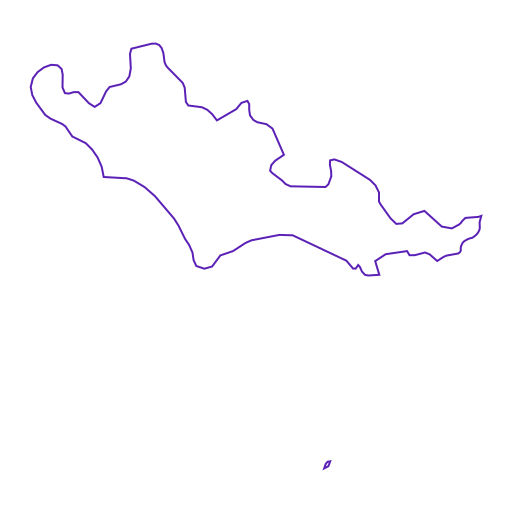 an SVG outline of Latina
{"feature_id": "ITA-5426", "entity_name": "Latina", "entity_type": "Province", "adm_level": 1, "iso_a3": "ITA", "parent_name": "Italy", "parent_adm1": "", "projection": "orthographic", "projection_center": [13.255, 41.249], "detail": "fine", "context": "isolated", "style": "outline", "palette": "violet", "viewbox_px": 512, "rotation_deg": 0, "n_neighbors": 0, "source": "natural_earth", "source_scale": "10m", "svg_char_len": 1979}
<svg xmlns="http://www.w3.org/2000/svg" viewBox="0 0 512 512"><path d="M437.2,261.0L429.6,254.3L425.0,252.5L414.8,255.2L409.5,255.2L407.1,251.1L385.7,254.2L375.2,261.1L379.3,274.8L368.4,275.5L365.1,274.9L361.9,271.5L360.0,267.1L358.2,265.0L355.7,268.6L353.1,268.6L346.4,260.7L292.7,235.3L279.4,234.9L251.5,240.3L245.4,243.0L233.0,251.1L220.4,255.4L212.1,266.5L204.4,268.7L196.3,266.0L193.6,260.1L192.5,252.6L189.1,244.9L185.1,239.0L178.5,225.6L174.0,218.5L154.9,196.1L144.6,187.1L133.8,180.6L126.7,178.3L103.7,177.0L101.7,166.8L97.6,157.5L92.1,149.5L85.8,143.2L72.3,136.5L65.5,126.5L62.2,124.0L50.4,118.6L45.2,114.9L36.1,102.5L32.3,95.1L30.7,87.0L32.9,78.3L37.6,72.1L44.0,67.4L51.1,64.8L57.6,65.3L61.6,69.0L62.7,74.6L62.5,87.4L64.9,93.1L68.9,93.6L73.7,92.1L78.4,92.1L88.9,103.2L94.7,106.9L100.5,103.1L106.1,91.4L109.6,87.0L120.9,84.3L125.8,81.6L129.3,76.5L130.8,68.4L130.0,53.9L131.4,48.7L151.6,43.7L155.8,43.6L159.2,45.0L161.7,48.2L163.4,53.2L164.5,61.9L165.6,64.7L167.0,66.9L182.7,82.9L184.7,87.7L185.9,101.9L188.3,105.5L201.8,107.2L207.3,109.8L212.2,114.2L216.9,120.4L236.3,109.1L241.4,102.9L247.4,100.9L249.2,104.1L249.2,109.8L250.0,115.3L253.3,119.9L257.2,122.2L266.5,124.2L272.5,128.6L283.9,154.8L275.2,160.7L271.3,165.1L270.1,170.7L272.3,173.1L282.1,180.5L285.5,184.0L290.5,186.3L325.5,187.0L328.4,184.3L331.3,176.3L331.1,170.9L329.9,164.9L330.1,160.4L334.3,159.4L341.8,162.0L370.0,179.9L375.5,185.4L379.0,192.5L379.0,201.5L380.5,204.3L390.5,218.3L396.3,223.9L402.3,223.4L413.7,214.2L424.4,210.9L441.8,226.6L451.9,228.4L459.3,224.4L460.9,222.9L462.2,221.0L465.4,217.9L478.4,216.9L481.3,215.9L479.6,222.3L479.8,227.9L479.5,229.6L478.9,231.0L478.1,232.5L477.0,234.0L475.3,235.6L472.5,237.7L469.4,238.5L466.9,239.6L464.2,241.2L462.5,243.0L461.0,246.3L460.7,248.5L460.8,250.5L460.0,252.1L458.2,253.5L446.5,255.6L443.4,257.0L437.2,261.0L437.2,261.0ZM325.7,464.0L327.5,461.8L330.2,461.3L328.4,466.2L324.2,468.4L325.7,464.0Z" fill="none" stroke="#5b21b6" stroke-width="2"/></svg>